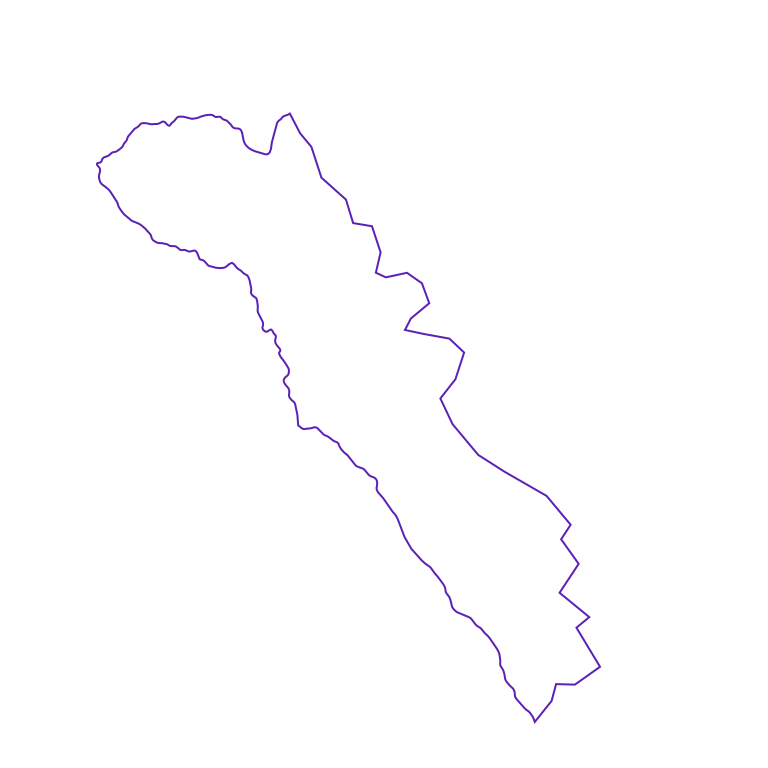 the border of Alaotra-Mangoro, rotated 320°
{"feature_id": "MDG-5860", "entity_name": "Alaotra-Mangoro", "entity_type": "Autonomous Province", "adm_level": 1, "iso_a3": "MDG", "parent_name": "Madagascar", "parent_adm1": "", "projection": "albers", "projection_center": [48.177, -18.018], "detail": "fine", "context": "isolated", "style": "outline", "palette": "violet", "viewbox_px": 768, "rotation_deg": 320, "n_neighbors": 0, "source": "natural_earth", "source_scale": "10m", "svg_char_len": 5248}
<svg xmlns="http://www.w3.org/2000/svg" viewBox="0 0 768 768"><g transform="rotate(320 384 384)"><path d="M287.0,699.5L286.5,695.6L286.5,690.9L286.8,689.2L287.2,687.9L289.8,683.5L291.1,680.6L291.6,678.5L291.9,676.0L292.2,674.6L292.7,673.6L295.3,670.6L298.5,665.6L299.2,664.0L299.7,662.5L300.3,659.5L301.6,646.4L301.6,643.9L301.1,639.9L301.1,632.9L300.0,629.9L299.7,628.4L299.6,626.4L299.9,620.5L299.8,618.9L299.5,617.9L293.3,605.8L292.9,604.2L292.6,601.5L292.7,599.9L292.9,598.5L296.1,592.1L297.0,589.5L297.2,587.5L297.3,585.0L297.5,583.6L297.9,582.5L298.9,581.0L299.7,579.6L300.4,577.6L300.7,575.6L301.3,566.0L301.2,561.5L301.7,554.7L301.6,553.5L300.1,548.0L299.5,543.2L299.0,527.8L301.4,514.4L307.7,496.2L308.5,492.7L308.6,490.1L308.5,487.6L310.0,470.8L309.8,463.6L310.1,461.9L310.3,460.8L310.6,460.1L311.7,458.7L314.8,455.9L315.5,454.9L316.5,453.2L316.7,451.8L316.6,450.4L316.4,449.4L315.9,448.5L314.4,445.9L314.0,444.4L313.9,442.5L313.9,437.0L313.6,435.5L310.6,430.3L310.1,429.0L309.9,427.3L310.3,414.9L310.2,414.5L310.0,413.9L309.4,410.4L309.3,406.5L309.6,404.2L310.0,402.4L310.7,400.6L310.8,399.3L310.5,398.3L309.4,396.4L308.7,394.5L307.7,389.9L307.1,387.8L305.7,385.1L305.3,384.0L304.6,375.2L304.3,374.1L303.8,373.3L303.1,372.6L302.3,372.1L299.3,370.8L297.6,369.7L296.9,369.1L294.3,367.5L293.5,366.9L292.9,365.8L292.5,364.8L291.7,360.5L297.9,351.8L303.0,342.3L303.5,340.1L303.0,337.7L302.9,336.2L302.9,333.9L303.4,332.5L303.9,331.6L306.1,329.5L307.4,327.8L307.9,326.3L308.1,325.0L308.0,321.8L308.3,319.2L308.8,317.8L309.4,316.8L310.1,316.3L310.6,316.0L311.4,315.7L312.3,315.5L313.5,315.4L314.6,315.5L315.9,315.4L317.3,315.0L319.5,313.0L320.5,311.5L321.0,310.1L321.9,304.0L322.3,296.6L323.0,293.6L323.8,292.6L325.9,291.9L326.5,291.1L326.8,289.9L326.8,285.3L327.3,282.7L328.0,281.4L328.8,280.4L330.8,279.0L332.0,277.7L332.3,276.6L332.1,274.1L332.6,272.1L332.7,270.8L332.5,269.7L331.7,269.2L328.1,268.8L327.2,268.1L326.6,267.0L326.3,265.1L326.5,263.8L327.0,262.8L329.5,260.8L330.6,259.5L331.2,257.9L333.1,249.4L333.6,247.9L334.2,246.7L336.0,244.8L337.4,243.2L339.8,239.5L340.8,237.5L341.3,235.9L340.3,232.3L340.2,230.3L340.5,229.1L341.1,228.1L342.6,226.9L343.8,225.3L347.9,217.7L348.8,215.0L349.1,213.0L348.7,212.0L348.3,211.1L347.9,209.8L347.5,208.2L347.3,205.5L346.9,204.0L346.4,202.8L346.1,201.4L345.9,199.6L346.1,196.2L345.8,194.5L345.2,193.4L344.2,193.0L341.9,192.6L339.4,192.7L338.1,192.6L337.0,192.4L336.0,192.0L332.7,189.7L330.0,186.9L325.6,180.7L325.5,179.7L325.4,174.7L324.9,172.9L324.1,171.6L323.2,170.6L323.1,169.6L325.2,163.2L325.3,161.4L324.9,160.2L324.1,159.6L322.3,158.7L321.3,158.2L320.5,157.7L319.7,157.1L319.2,156.3L318.3,154.4L317.7,153.5L317.1,152.8L316.3,152.2L315.4,151.7L314.6,150.9L314.0,149.8L313.4,146.2L313.0,145.0L312.5,144.2L311.9,143.5L310.5,142.4L309.5,141.4L308.9,140.8L308.5,139.9L307.8,137.8L307.3,136.9L306.7,136.2L306.1,135.5L304.9,133.9L302.0,131.2L300.9,129.5L300.0,127.1L299.5,125.1L299.7,123.6L300.1,122.2L301.0,120.5L301.2,119.0L301.0,111.7L300.2,106.8L299.6,104.7L298.8,102.7L295.9,97.3L295.6,96.3L294.0,87.1L294.0,83.3L294.5,78.5L294.8,77.3L296.1,74.2L296.5,72.8L298.0,60.8L298.1,59.0L297.8,56.5L296.3,49.6L296.3,47.9L296.5,46.5L297.8,43.6L298.9,41.9L300.3,40.6L302.8,38.9L304.3,37.3L304.9,35.9L305.0,34.5L305.0,32.1L305.4,31.0L306.2,30.6L307.1,30.9L308.8,31.9L309.7,32.0L310.3,31.9L311.1,31.6L312.8,30.6L313.8,30.4L314.8,30.4L315.9,30.6L317.8,31.4L320.0,32.0L322.3,32.0L323.4,31.9L324.6,32.0L325.5,32.3L327.3,33.4L328.3,33.8L329.3,34.0L334.1,34.3L335.4,34.2L336.4,34.0L337.4,33.6L338.4,33.1L339.3,32.7L342.8,32.1L343.8,31.7L346.4,30.2L347.4,29.8L356.7,28.2L359.0,28.5L360.1,28.7L361.3,28.8L362.5,28.7L364.6,28.3L365.6,28.5L366.5,28.9L367.3,29.4L369.5,31.4L372.5,35.3L373.2,35.9L375.7,37.6L377.2,38.9L378.1,39.4L379.1,39.8L382.6,40.5L383.5,41.0L384.1,41.7L384.5,42.7L384.7,46.6L385.1,47.6L385.7,48.2L386.5,48.3L388.4,47.7L389.6,47.6L392.1,47.7L396.5,46.9L397.6,47.0L398.5,47.3L400.0,48.4L402.2,50.4L407.4,57.5L410.8,59.6L412.7,60.5L416.9,61.9L420.7,63.8L423.9,66.0L425.2,67.5L425.7,68.4L426.3,70.5L426.8,71.4L427.6,72.0L429.3,73.1L430.0,73.7L430.4,74.5L430.8,77.5L431.2,78.4L432.3,80.1L432.7,81.0L433.0,82.2L433.4,87.0L433.2,89.2L433.3,90.4L433.6,91.3L434.1,92.2L434.8,92.9L436.9,95.0L437.3,95.9L437.6,96.9L437.5,98.1L437.2,99.1L436.4,101.1L433.4,106.4L432.5,108.3L431.9,110.5L431.8,111.8L431.8,114.4L432.2,116.7L432.9,118.8L434.6,122.5L440.7,131.7L441.4,132.4L442.3,133.0L443.3,133.3L444.5,133.2L445.5,133.0L446.4,132.5L448.1,131.5L449.7,130.2L453.3,126.9L469.6,115.5L470.5,115.1L471.6,114.8L472.7,114.7L475.0,114.8L478.3,114.3L479.4,114.4L483.4,115.9L484.5,116.2L485.7,116.3L480.9,138.1L480.8,155.7L468.7,185.7L473.4,218.3L463.8,240.9L476.2,255.4L466.0,281.0L449.3,293.5L454.0,303.5L473.1,313.6L477.8,331.2L470.6,351.2L446.7,351.1L434.8,356.1L446.6,371.2L463.3,391.3L465.6,411.4L441.7,426.3L417.9,431.3L410.7,458.8L410.6,499.0L420.1,529.1L436.6,574.2L436.5,611.8L419.9,616.8L417.5,646.9L384.3,656.8L391.4,694.5L374.8,694.4L367.7,739.5L337.0,737.0L322.9,724.5L308.7,734.5L282.3,739.8L284.0,735.1L284.5,730.0L284.5,728.9L284.2,727.3L283.7,725.4L283.3,723.0L283.0,710.8L283.2,708.5L283.8,707.1L286.0,704.1L286.7,702.3L287.0,700.8L287.0,699.5Z" fill="none" stroke="#5b21b6" stroke-width="2"/></g></svg>